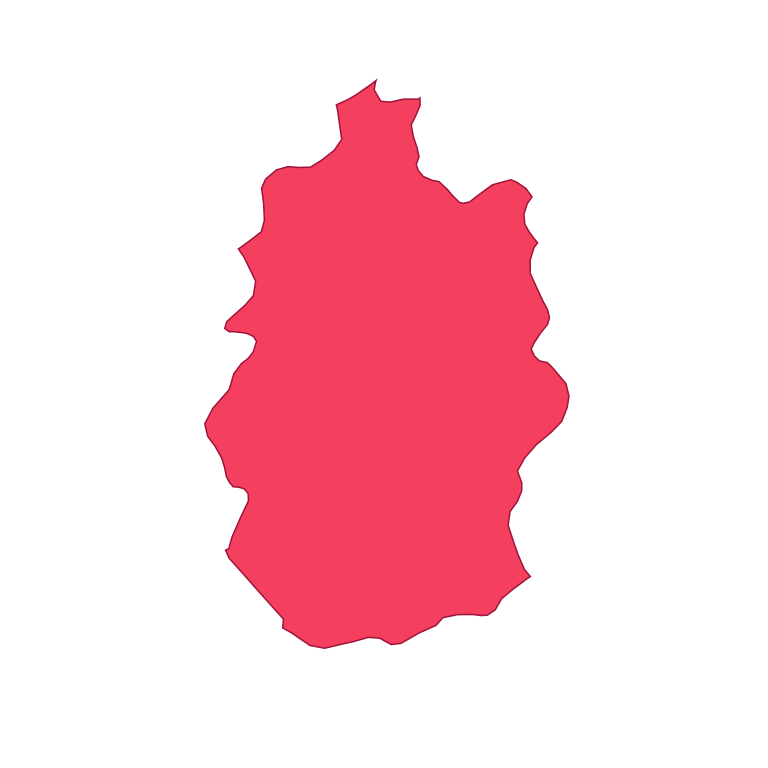 SVG path tracing the border of Čaška, rotated 230°
{"feature_id": "MKD-2922", "entity_name": "Čaška", "entity_type": "Statistical Region", "adm_level": 1, "iso_a3": "MKD", "parent_name": "North Macedonia", "parent_adm1": "", "projection": "orthographic", "projection_center": [21.614, 41.585], "detail": "fine", "context": "isolated", "style": "filled", "palette": "rose", "viewbox_px": 768, "rotation_deg": 230, "n_neighbors": 0, "source": "natural_earth", "source_scale": "10m", "svg_char_len": 1995}
<svg xmlns="http://www.w3.org/2000/svg" viewBox="0 0 768 768"><g transform="rotate(230 384 384)"><path d="M142.4,372.3L142.9,368.0L143.9,350.2L143.9,335.9L139.5,324.0L140.5,314.5L144.0,309.8L150.3,303.9L160.1,292.0L167.1,279.0L165.7,268.6L170.8,250.5L174.4,230.3L179.8,222.0L192.1,217.3L200.1,209.0L206.4,194.8L212.6,182.9L219.7,168.7L231.3,159.2L252.5,153.3L262.3,149.6L268.6,155.9L284.0,155.3L303.7,154.7L326.8,154.1L350.4,153.4L358.6,155.9L357.6,159.3L364.3,168.9L373.9,188.2L381.6,205.0L387.4,209.5L393.7,209.5L398.4,206.3L402.3,202.4L408.1,202.4L414.3,203.7L422.5,208.2L431.7,212.1L445.1,214.6L457.1,215.3L468.7,221.1L475.4,237.2L479.2,261.7L488.5,275.8L491.3,288.1L490.9,296.5L492.8,304.8L498.6,313.8L504.4,314.5L510.2,311.9L513.5,309.3L520.3,302.9L523.6,299.0L528.9,297.7L532.8,303.5L533.2,313.2L533.7,328.6L535.7,340.8L545.3,351.8L570.5,358.2L581.1,359.3L580.8,361.5L579.9,376.9L579.5,387.9L586.2,397.5L599.6,407.8L612.7,416.1L617.1,425.1L617.1,439.3L612.2,450.2L604.6,458.0L597.4,467.0L595.5,480.5L595.0,495.9L598.5,508.8L610.0,515.9L623.1,524.2L628.5,526.9L625.1,539.1L623.5,548.2L621.8,567.0L621.6,573.0L620.7,571.5L615.6,565.5L602.6,563.3L595.9,570.1L589.6,582.2L580.1,593.5L580.1,595.4L574.2,590.8L568.7,579.9L564.9,571.3L554.6,565.5L543.8,561.2L535.6,556.9L531.3,549.7L525.4,547.5L517.7,547.5L509.1,551.8L503.7,556.2L492.3,557.6L485.3,557.6L475.0,558.4L471.7,560.6L468.5,566.4L468.0,578.6L466.9,595.2L458.8,612.6L452.9,615.5L442.5,618.4L432.2,617.7L430.1,609.7L424.1,600.3L415.9,594.6L407.9,593.1L398.1,592.4L393.4,592.4L392.1,586.6L385.1,575.8L374.8,567.1L361.8,563.5L345.6,559.1L335.3,556.9L328.3,553.3L324.5,547.5L322.4,536.7L319.1,525.8L316.3,519.3L308.8,517.2L301.8,517.9L295.3,522.9L288.2,523.6L278.0,523.6L267.2,523.6L255.8,517.9L248.2,509.1L241.1,496.1L239.6,481.7L239.6,461.5L236.9,444.1L231.6,430.3L219.7,426.0L213.7,420.9L208.3,410.8L205.2,398.5L196.0,388.3L178.1,381.1L166.2,376.7L151.7,372.4L142.4,372.3Z" fill="#f43f5e" stroke="#9f1239" stroke-width="1.5"/></g></svg>